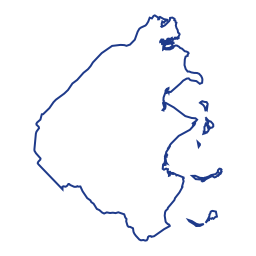 Palma, Cabo Delgado, Mozambique (Natural Earth projection)
{"feature_id": "85939544B28801965730987", "entity_name": "Palma", "entity_type": "district", "adm_level": 2, "iso_a3": "MOZ", "parent_name": "Mozambique", "parent_adm1": "Cabo Delgado", "projection": "natural_earth1", "projection_center": [40.456, -10.86], "detail": "fine", "context": "isolated", "style": "outline", "palette": "blue", "viewbox_px": 256, "rotation_deg": 0, "n_neighbors": 0, "source": "geoboundaries", "source_scale": "gbopen_adm2", "svg_char_len": 5907}
<svg xmlns="http://www.w3.org/2000/svg" viewBox="0 0 256 256"><path d="M150.8,236.1L151.4,236.8L154.1,236.2L164.2,229.1L169.7,226.1L169.7,225.5L168.7,224.3L167.8,224.1L165.9,222.2L165.6,221.5L164.7,215.7L165.1,212.2L165.7,210.8L167.7,208.9L167.9,207.8L174.3,200.2L175.1,198.0L179.4,192.5L182.5,186.9L182.4,186.6L182.0,187.0L182.0,186.7L183.6,181.2L183.0,178.9L183.7,178.3L183.6,177.5L177.5,175.0L176.4,175.4L175.8,174.4L173.1,173.0L171.7,172.9L172.2,173.5L173.4,173.7L173.2,174.0L170.7,173.6L170.1,172.0L169.3,172.3L168.6,171.2L168.9,173.6L169.4,173.8L169.8,174.8L169.8,175.4L169.0,175.7L169.1,174.7L167.7,172.2L167.6,170.3L168.0,169.3L167.7,168.4L167.6,169.4L166.1,168.6L164.0,169.7L162.7,168.8L163.1,164.5L164.6,162.9L164.9,161.2L165.7,162.7L164.2,164.4L164.4,165.0L165.5,164.9L165.5,164.1L166.2,163.1L166.9,163.4L166.2,162.4L165.4,157.7L165.2,159.3L164.9,159.0L165.0,157.1L165.6,157.5L165.9,157.2L165.2,156.6L165.4,155.5L166.5,156.0L166.3,155.2L166.8,155.1L166.3,154.2L165.6,154.6L165.9,153.8L166.4,153.8L166.0,153.3L166.3,151.9L168.3,149.0L167.9,148.7L168.4,147.6L168.8,147.4L169.0,147.9L169.4,147.3L169.3,146.4L169.9,146.2L170.0,145.0L171.2,143.5L178.7,135.9L189.9,129.8L194.6,124.6L195.2,122.9L195.0,122.6L194.5,124.0L193.9,123.9L193.7,125.1L193.2,125.0L193.5,124.3L193.2,123.3L192.3,124.2L192.7,123.4L196.2,120.8L197.1,119.7L195.5,118.3L191.8,118.0L185.3,116.1L173.8,107.4L165.6,102.8L165.0,103.0L165.6,105.9L165.3,108.0L164.7,109.1L163.4,109.7L163.4,110.4L162.6,110.1L164.9,107.1L164.7,105.3L164.2,107.1L163.0,103.0L164.0,101.1L163.4,100.3L163.6,97.4L165.5,92.2L165.6,90.5L166.8,88.9L168.5,88.1L168.5,88.8L166.6,90.8L166.0,90.8L166.0,92.2L166.5,93.0L167.1,92.8L166.9,92.4L167.7,92.3L167.0,91.5L167.0,91.0L168.6,92.1L168.8,92.6L169.0,91.7L170.7,92.0L180.3,83.6L183.2,80.6L186.7,78.6L188.7,78.4L190.0,79.8L191.3,80.4L196.4,81.1L199.8,83.8L202.1,82.8L202.4,79.7L202.2,78.3L201.2,76.1L199.1,73.8L197.1,73.0L194.1,72.9L191.3,72.4L189.2,71.5L187.6,71.5L185.7,69.0L184.5,65.1L184.8,59.5L185.6,56.6L187.7,55.8L187.6,54.6L188.6,53.4L188.3,52.5L186.6,51.6L184.7,51.2L182.1,48.7L180.1,47.9L179.1,46.8L176.8,45.5L175.5,45.5L174.3,46.1L172.8,48.1L169.9,49.4L165.8,49.4L164.3,48.7L163.1,49.5L163.3,46.6L164.2,45.7L164.4,44.7L164.2,44.1L162.4,44.4L162.0,44.1L161.9,40.4L161.4,40.5L161.0,41.9L160.2,42.1L160.2,41.4L161.4,39.5L163.0,39.6L162.6,42.1L163.0,42.9L163.7,42.5L164.9,40.7L166.1,41.2L166.8,40.9L167.2,39.2L168.2,38.6L169.6,38.8L171.2,39.8L171.6,39.6L171.5,38.1L171.9,37.9L172.2,39.4L172.8,40.1L173.9,38.8L175.3,38.8L175.0,37.7L176.1,37.6L177.2,38.5L177.5,37.8L178.1,38.4L178.6,38.2L178.6,36.4L179.6,34.4L179.3,33.5L178.1,32.6L177.6,29.9L176.5,28.0L175.8,25.4L176.4,22.7L175.7,22.5L175.3,20.5L174.3,20.2L174.5,18.8L172.4,17.6L170.1,17.9L169.9,19.8L169.2,21.1L164.9,25.3L161.8,26.9L161.3,26.5L162.1,25.5L161.6,24.1L162.3,21.5L164.0,22.6L165.1,21.1L167.1,20.5L167.3,19.8L163.8,19.1L160.0,16.9L159.2,17.3L159.3,18.8L158.9,19.3L158.2,19.3L158.3,18.3L157.9,17.4L154.8,15.4L153.6,15.9L151.9,18.4L149.7,17.7L148.2,21.7L146.6,24.3L145.5,25.5L141.1,27.5L139.4,28.7L137.7,31.6L134.8,39.7L130.0,44.6L126.5,45.8L124.3,45.1L120.5,44.9L112.1,45.9L101.7,53.1L92.9,62.4L90.6,66.1L88.0,69.2L83.5,72.8L77.2,79.9L72.4,83.5L68.0,90.0L64.2,93.6L55.9,99.7L53.5,102.2L49.4,108.1L43.1,114.2L41.8,114.3L40.4,119.6L37.1,122.5L36.4,123.7L36.5,124.7L38.7,126.8L39.0,128.2L36.5,131.6L35.9,133.5L34.4,149.4L34.5,150.8L36.0,153.3L40.5,158.4L40.3,159.6L38.3,161.7L37.7,163.1L38.3,164.2L62.5,189.3L62.5,186.7L63.4,186.3L65.7,186.7L67.2,185.7L68.4,184.0L69.3,184.1L70.2,185.0L74.2,186.8L76.1,186.8L77.3,186.2L78.0,186.6L80.4,186.5L82.6,191.3L87.2,198.1L90.4,200.4L91.3,202.1L93.6,203.7L96.8,208.9L99.4,210.1L102.2,212.6L104.1,213.5L106.8,212.4L110.0,213.0L112.9,212.7L115.6,213.1L118.3,212.3L124.2,214.3L125.3,217.5L126.5,219.0L126.2,221.3L127.5,225.7L128.5,226.8L130.2,226.9L133.0,228.3L133.5,231.8L134.3,233.6L135.8,235.7L139.4,239.6L141.0,240.3L143.4,240.0L145.2,240.6L146.7,240.3L147.6,239.0L148.0,237.1L149.0,236.2L150.8,236.1ZM220.8,168.9L219.4,168.7L218.0,170.2L217.7,172.0L215.7,174.1L211.1,175.1L208.5,176.6L203.9,178.1L199.9,177.8L195.2,175.8L192.2,175.9L195.7,179.1L201.4,179.6L202.2,180.2L201.9,181.0L202.4,181.2L202.8,181.0L202.5,180.0L203.6,180.0L204.2,179.0L204.4,180.0L203.3,180.5L203.1,181.2L203.9,181.0L205.9,179.2L211.2,176.5L212.5,176.2L214.4,177.4L215.8,177.0L218.4,174.9L217.8,175.6L218.1,175.8L219.3,174.6L218.9,174.3L219.3,174.0L219.3,173.3L219.7,173.7L220.5,173.8L221.1,172.8L220.9,172.1L221.6,171.6L221.1,170.5L221.5,169.6L220.8,168.9ZM207.8,120.0L205.4,117.2L206.4,118.3L206.1,119.8L206.8,120.2L207.7,122.3L208.2,122.5L208.0,123.4L207.6,123.6L207.8,125.1L208.5,125.7L209.1,127.2L210.5,127.5L209.0,127.7L208.2,128.3L207.4,126.0L205.9,123.4L205.4,124.3L205.6,124.6L205.4,125.4L204.4,126.9L204.5,130.2L203.4,133.8L205.0,133.3L204.2,131.9L205.1,132.0L205.9,132.8L206.9,132.5L206.9,132.0L208.0,131.4L208.9,129.5L210.0,128.1L212.4,127.4L213.3,126.3L213.2,124.4L212.4,123.3L210.7,121.5L209.4,121.2L207.8,120.0ZM215.9,211.6L212.7,210.9L211.6,211.1L210.7,211.8L210.2,213.5L209.4,214.7L209.5,215.8L208.0,219.0L205.6,222.8L207.6,220.6L209.0,220.2L209.0,218.8L210.5,218.5L211.5,218.8L212.3,218.1L213.5,218.8L215.2,217.1L216.9,216.6L215.9,211.6ZM204.5,101.9L202.2,101.2L201.6,102.1L200.8,102.0L200.0,102.8L202.8,104.6L204.0,106.0L204.8,107.5L205.6,111.2L206.5,107.8L207.0,108.9L207.7,103.9L206.6,102.1L204.5,101.9ZM166.7,44.2L165.4,42.5L164.8,42.5L165.1,45.3L164.1,46.8L164.2,47.7L166.3,48.2L169.5,47.9L172.2,46.1L172.5,45.3L171.9,44.1L170.9,43.5L166.7,44.2ZM199.5,224.7L196.4,223.9L191.9,221.1L188.3,219.9L189.3,221.3L194.4,224.4L196.2,226.0L200.0,225.9L203.8,224.0L199.5,224.7ZM171.2,41.8L167.9,39.4L167.6,40.5L168.3,41.8L167.0,42.8L166.8,43.4L167.7,43.7L170.5,42.7L172.5,43.4L173.6,43.1L173.5,42.5L171.2,41.8ZM199.9,144.1L197.8,142.1L198.7,146.7L199.9,145.0L199.9,144.1Z" fill="none" stroke="#1e3a8a" stroke-width="2"/></svg>